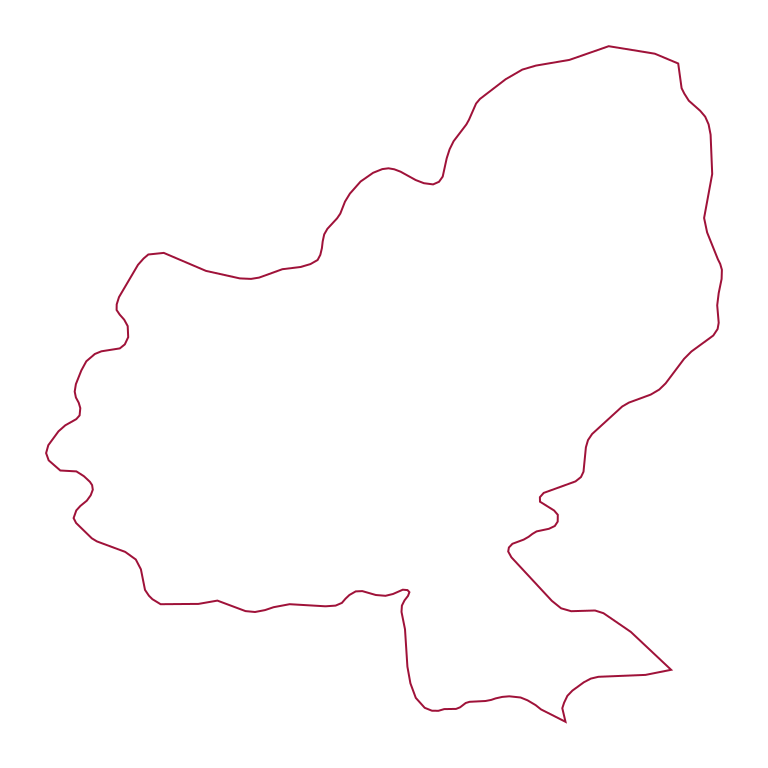 the border of Mures
{"feature_id": "ROU-299", "entity_name": "Mures", "entity_type": "County", "adm_level": 1, "iso_a3": "ROU", "parent_name": "Romania", "parent_adm1": "", "projection": "natural_earth1", "projection_center": [24.648, 46.583], "detail": "fine", "context": "isolated", "style": "outline", "palette": "rose", "viewbox_px": 768, "rotation_deg": 0, "n_neighbors": 0, "source": "natural_earth", "source_scale": "10m", "svg_char_len": 2511}
<svg xmlns="http://www.w3.org/2000/svg" viewBox="0 0 768 768"><path d="M60.3,470.5L48.7,460.4L46.1,453.1L48.3,445.2L58.5,431.3L65.3,425.3L76.3,419.1L79.6,415.4L80.3,408.1L78.7,402.7L75.9,397.5L74.7,391.6L75.9,384.1L81.3,370.5L86.3,361.3L94.8,354.0L101.4,351.3L119.8,348.4L124.8,344.4L128.2,337.2L127.7,326.1L124.2,319.7L119.7,314.6L116.6,310.0L116.7,304.4L119.0,297.1L138.0,264.8L143.6,258.5L148.3,254.5L163.8,252.9L206.0,270.9L239.8,278.4L251.0,278.9L259.1,277.6L282.4,269.2L300.5,267.0L310.4,264.1L317.6,260.0L320.3,254.9L321.9,248.2L322.7,241.4L324.2,234.4L327.4,228.8L337.1,218.3L340.3,213.6L345.0,201.6L349.9,193.6L360.6,181.5L373.1,172.8L382.3,169.1L388.5,168.3L394.3,169.3L400.6,171.7L415.6,180.0L423.9,183.2L433.1,184.4L439.0,181.8L442.7,176.6L446.7,158.3L449.6,149.3L453.6,141.2L466.4,124.4L469.0,119.7L476.1,103.5L480.0,98.9L505.7,79.2L522.3,69.6L535.9,65.6L569.4,59.9L608.7,46.2L654.8,53.7L678.2,63.5L681.6,88.2L684.3,93.6L688.8,100.7L700.2,110.8L705.2,116.7L708.6,124.4L710.6,134.7L712.2,174.0L704.1,218.0L707.1,232.4L717.9,259.3L720.2,263.9L721.9,269.8L721.6,279.0L718.7,293.1L717.2,305.3L718.7,322.8L717.6,329.0L713.3,335.5L691.4,351.5L684.1,358.8L665.6,383.4L659.2,389.6L650.7,394.6L628.9,402.6L622.2,406.5L592.1,434.0L588.0,440.1L585.9,447.3L583.5,471.7L581.0,477.0L575.5,481.4L543.7,492.9L539.9,497.2L540.0,501.7L554.1,510.5L557.8,514.8L557.7,521.6L554.8,526.0L548.9,528.8L536.6,531.4L532.4,533.9L528.6,536.8L523.7,539.6L512.4,543.8L508.9,547.5L508.2,551.5L511.4,557.3L551.8,600.8L561.1,608.3L571.2,611.2L595.0,610.5L603.5,613.2L630.8,631.9L671.1,669.8L645.5,674.9L598.4,676.8L590.8,678.6L583.8,682.3L572.4,690.6L567.4,695.8L564.1,702.7L562.3,708.2L565.5,721.8L541.0,709.4L535.6,705.1L527.5,700.3L520.6,697.5L509.3,696.3L502.3,696.9L495.6,698.4L491.2,699.9L485.5,701.0L469.6,701.8L465.7,703.0L460.1,707.3L456.1,708.9L444.2,709.1L438.4,710.8L431.9,710.7L424.7,707.8L415.8,697.9L410.4,683.3L407.4,666.6L405.0,629.3L401.5,611.9L401.9,605.6L404.5,600.4L408.0,595.9L409.4,592.2L407.5,590.1L402.8,589.7L393.0,594.0L385.5,595.8L375.8,595.0L362.3,591.1L355.7,591.4L349.4,595.0L345.5,598.7L341.9,602.9L335.6,605.6L325.5,606.3L289.6,604.2L273.6,607.2L265.0,610.1L255.0,612.0L245.5,611.1L217.4,600.6L198.5,603.9L160.6,604.2L152.4,599.2L148.9,595.7L145.0,589.9L140.9,569.3L135.8,559.5L125.2,551.9L96.9,541.4L91.8,538.3L76.1,523.0L73.6,518.1L76.3,510.4L80.4,505.9L86.8,500.7L90.7,495.3L92.8,489.7L92.1,485.1L89.9,481.8L83.9,476.2L76.4,471.4L60.3,470.5Z" fill="none" stroke="#9f1239" stroke-width="2"/></svg>